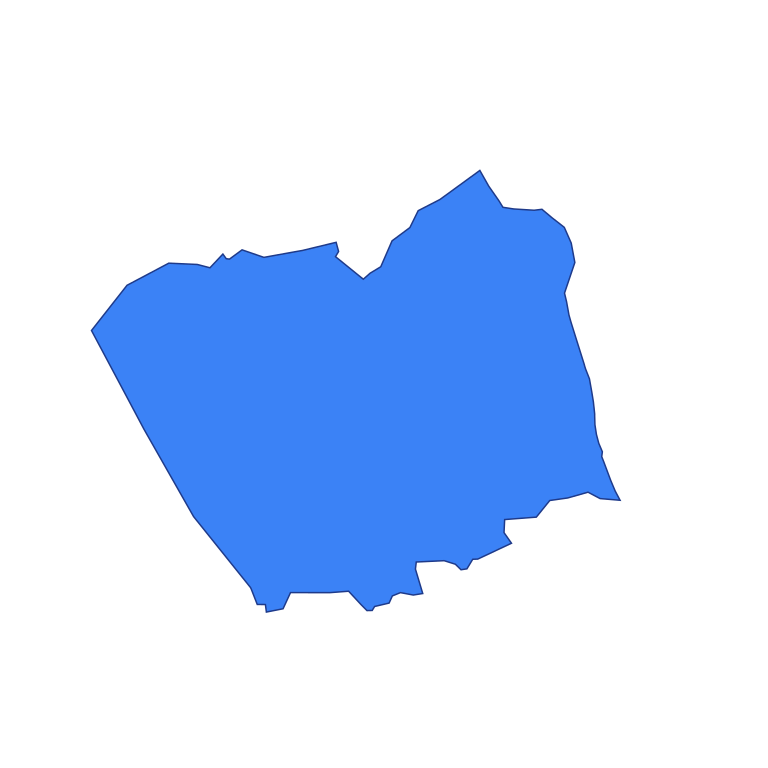 outline of Michika, Adamawa, Nigeria, rotated 140°
{"feature_id": "59680162B49393703134220", "entity_name": "Michika", "entity_type": "district", "adm_level": 2, "iso_a3": "NGA", "parent_name": "Nigeria", "parent_adm1": "Adamawa", "projection": "orthographic", "projection_center": [13.375, 10.58], "detail": "fine", "context": "isolated", "style": "filled", "palette": "blue", "viewbox_px": 768, "rotation_deg": 140, "n_neighbors": 0, "source": "geoboundaries", "source_scale": "gbopen_adm2", "svg_char_len": 1395}
<svg xmlns="http://www.w3.org/2000/svg" viewBox="0 0 768 768"><g transform="rotate(140 384 384)"><path d="M277.9,143.2L275.7,153.4L272.3,164.4L268.9,174.0L265.5,183.6L263.9,188.4L260.3,191.7L257.6,200.5L253.7,208.8L248.6,217.2L243.4,223.8L241.9,225.6L238.1,231.2L237.6,232.0L235.1,235.7L230.1,244.1L223.3,255.9L219.9,266.0L218.7,268.9L218.1,270.1L207.3,296.1L201.0,311.2L197.9,318.1L196.5,320.5L191.2,329.8L187.3,337.6L159.7,354.4L150.0,371.6L145.2,388.1L145.9,391.5L148.4,403.2L150.7,416.3L157.3,420.6L172.1,434.7L179.3,442.9L178.8,446.4L178.2,450.4L176.6,468.2L173.3,486.0L222.6,489.4L246.4,494.8L263.6,487.2L285.8,488.5L311.1,475.9L323.3,477.8L332.5,477.6L339.3,512.7L333.6,514.7L329.6,523.3L346.9,531.9L360.6,538.7L366.8,542.3L394.6,558.2L406.5,578.0L422.1,579.0L424.3,581.4L423.9,587.1L442.6,584.9L450.2,595.6L471.2,614.9L517.4,624.8L573.7,613.0L582.8,570.1L591.6,528.7L596.9,503.9L615.1,404.8L617.1,313.9L617.5,312.3L622.8,296.6L616.6,291.3L620.7,284.9L605.8,276.7L589.7,284.3L559.5,258.9L544.3,248.0L543.4,229.9L542.7,221.4L538.6,218.1L534.2,219.6L520.9,212.9L513.8,216.3L505.5,213.6L497.2,203.5L489.0,198.6L478.9,222.0L473.7,226.9L451.5,210.0L445.2,200.1L444.4,192.2L439.3,189.1L428.7,192.7L424.7,189.6L388.7,180.1L387.6,193.0L378.7,202.6L354.7,185.4L352.9,184.1L331.9,188.2L316.5,178.6L297.3,170.0L292.1,157.3L277.9,143.2Z" fill="#3b82f6" stroke="#1e3a8a" stroke-width="1.5"/></g></svg>